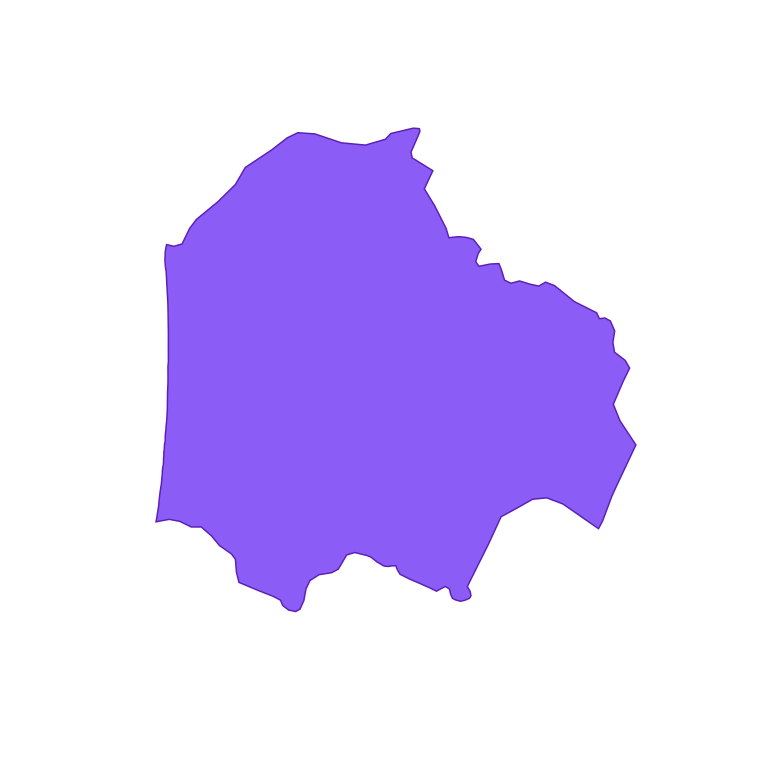 Salinas, Canelones, Uruguay, rotated 116°
{"feature_id": "84410073B77165260459869", "entity_name": "Salinas", "entity_type": "district", "adm_level": 2, "iso_a3": "URY", "parent_name": "Uruguay", "parent_adm1": "Canelones", "projection": "robinson", "projection_center": [-55.842, -34.745], "detail": "fine", "context": "isolated", "style": "filled", "palette": "violet", "viewbox_px": 768, "rotation_deg": 116, "n_neighbors": 0, "source": "geoboundaries", "source_scale": "gbopen_adm2", "svg_char_len": 2259}
<svg xmlns="http://www.w3.org/2000/svg" viewBox="0 0 768 768"><g transform="rotate(116 384 384)"><path d="M354.0,640.5L357.3,639.7L361.0,638.6L368.5,635.3L374.6,631.8L378.4,629.1L382.9,626.6L389.8,622.8L400.5,616.8L407.0,613.2L411.9,610.7L415.8,608.7L424.5,604.3L432.6,600.2L445.4,594.0L458.6,587.5L462.7,586.0L471.8,581.5L478.0,578.5L486.4,574.9L502.5,567.3L512.1,563.3L518.6,560.9L520.5,560.0L522.3,559.5L525.2,558.4L526.8,557.7L528.8,556.8L531.6,555.5L533.5,555.2L535.7,554.3L537.2,553.7L539.2,552.8L542.2,551.9L544.5,550.6L547.1,549.7L550.1,548.3L552.8,547.1L556.5,546.1L559.3,545.1L562.5,543.6L565.8,542.5L568.0,541.6L571.2,540.4L575.0,539.2L578.6,538.1L582.7,536.7L587.5,535.0L591.9,533.3L596.9,531.7L600.1,530.8L603.4,529.7L607.8,528.5L599.8,517.7L597.0,507.5L597.0,494.5L592.6,485.6L596.1,472.6L601.4,460.8L603.6,446.6L606.7,440.7L617.7,434.2L625.9,427.4L624.6,404.8L623.4,390.6L623.7,382.2L627.5,377.9L629.0,370.6L627.2,363.6L623.2,360.8L613.8,361.1L602.4,364.3L593.1,364.4L583.9,358.8L576.5,348.3L570.4,343.9L554.0,342.6L548.3,336.4L545.6,324.1L545.3,320.0L547.0,312.3L547.6,304.1L546.1,300.1L543.9,297.0L542.2,293.7L545.2,290.5L548.0,286.1L548.1,276.0L547.6,265.4L547.2,253.6L547.2,246.0L543.1,243.1L539.1,240.2L539.6,235.2L543.5,232.2L546.6,228.6L546.7,225.0L545.8,220.1L543.1,216.7L539.1,213.2L536.2,213.0L532.8,215.5L529.5,220.3L523.8,220.3L481.9,219.9L452.0,220.6L437.1,210.0L422.5,200.0L415.0,187.9L413.4,170.5L420.0,127.8L411.2,127.5L385.2,130.0L374.5,130.3L328.3,130.9L313.7,155.7L301.7,169.0L276.5,170.2L262.0,170.2L257.0,177.7L254.4,190.7L246.3,196.5L235.2,199.9L228.1,208.2L227.8,214.4L230.9,219.0L226.8,224.1L226.5,249.0L220.8,273.9L221.7,283.5L228.1,287.8L230.2,296.3L232.0,307.4L237.8,314.1L237.8,321.2L230.1,328.3L225.4,333.5L229.6,341.1L236.6,350.3L233.8,355.2L225.4,356.5L220.3,355.9L217.9,360.8L214.8,367.2L216.2,374.4L218.8,381.4L221.9,386.5L224.1,389.8L216.9,396.4L201.6,416.6L190.9,433.3L170.9,433.6L168.4,457.8L163.7,461.4L146.1,462.1L141.1,462.5L139.0,464.2L141.2,469.8L155.9,487.7L163.4,490.0L177.4,505.4L185.9,528.0L189.5,555.7L195.9,571.6L205.2,578.9L222.9,587.6L250.2,603.6L269.8,605.0L293.0,613.2L318.4,624.8L329.5,626.9L346.6,626.9L352.3,633.1L354.0,640.5Z" fill="#8b5cf6" stroke="#5b21b6" stroke-width="1.5"/></g></svg>